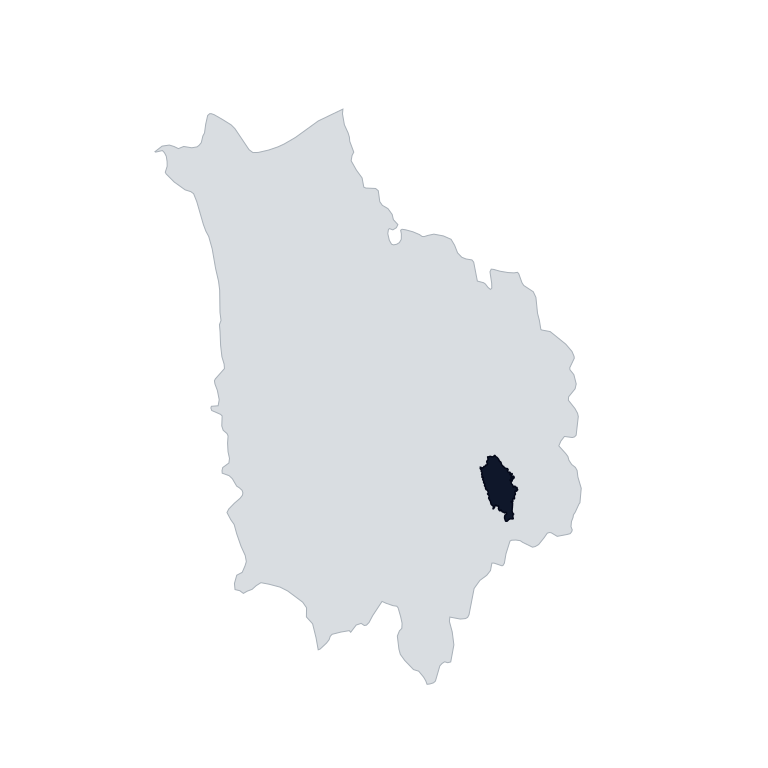 location of Syanno, Vitebsk, Belarus, rotated 77°
{"feature_id": "67162791B30203465956125", "entity_name": "Syanno", "entity_type": "district", "adm_level": 2, "iso_a3": "BLR", "parent_name": "Belarus", "parent_adm1": "Vitebsk", "projection": "equal_earth", "projection_center": [29.908, 54.823], "detail": "fine", "context": "in_parent", "style": "filled", "palette": "ink", "viewbox_px": 768, "rotation_deg": 77, "n_neighbors": 0, "source": "geoboundaries", "source_scale": "gbopen_adm2", "svg_char_len": 9728}
<svg xmlns="http://www.w3.org/2000/svg" viewBox="0 0 768 768"><g transform="rotate(77 384 384)"><path d="M628.2,507.9L616.1,507.3L601.6,507.5L593.5,512.0L584.6,509.8L578.3,512.3L564.0,524.4L558.5,531.0L553.2,541.1L549.9,548.6L551.7,553.8L554.4,558.7L555.1,563.9L556.4,568.1L552.9,571.1L550.8,575.4L544.7,574.6L537.2,570.5L535.6,564.5L529.9,560.3L526.1,558.1L519.9,557.8L510.0,559.8L497.0,561.2L487.2,561.6L481.8,563.8L473.9,565.9L470.9,563.4L466.5,556.6L462.9,549.8L460.5,546.9L458.3,546.0L455.7,546.2L452.6,548.3L450.4,550.5L442.1,553.1L438.5,555.5L434.5,561.7L431.9,561.3L429.1,559.9L426.1,552.9L421.8,551.3L414.9,551.2L406.4,549.7L399.5,547.6L397.0,548.1L392.9,551.1L388.4,551.5L378.7,548.9L376.8,550.1L371.1,557.8L368.4,558.1L366.9,557.2L367.9,550.5L362.3,548.1L352.7,547.8L346.0,548.7L342.7,548.5L341.1,547.2L333.1,536.0L328.7,535.3L321.0,535.8L309.5,534.5L296.4,532.0L289.2,531.0L285.4,528.5L277.3,527.7L255.6,523.0L246.7,522.1L233.6,522.1L213.7,521.0L200.8,521.6L194.9,523.2L188.0,524.1L164.2,525.4L155.7,526.7L153.1,529.0L150.1,534.1L140.0,543.0L130.3,549.0L128.5,549.5L123.1,546.3L118.5,545.3L113.1,544.9L109.2,545.9L106.7,547.4L106.7,554.3L106.1,554.9L102.3,546.7L102.9,539.4L105.4,535.1L108.4,531.4L107.5,525.7L110.6,518.2L110.9,512.8L109.8,510.4L107.7,507.7L101.6,504.7L99.0,502.4L90.8,499.3L82.7,495.4L81.4,493.0L81.8,491.4L83.4,488.9L90.1,481.7L97.2,474.6L101.7,471.8L125.3,462.8L129.0,459.7L130.1,454.4L130.1,443.7L129.1,434.0L127.7,427.3L123.8,414.7L112.9,388.9L106.9,362.2L111.5,363.7L122.5,364.3L131.3,362.5L135.8,362.2L139.8,362.8L151.3,361.3L154.1,363.7L159.1,365.8L169.3,362.8L178.3,359.0L187.6,359.4L189.0,357.6L191.6,348.2L194.4,346.1L205.4,347.1L209.6,345.4L214.0,340.7L220.6,337.9L226.0,337.9L231.8,334.6L234.5,336.8L235.8,340.7L233.8,343.8L234.6,345.0L238.4,346.5L245.2,346.5L249.5,345.2L250.6,343.4L250.7,340.2L249.7,337.2L246.9,334.6L241.6,333.3L237.9,333.2L237.3,331.6L238.7,328.1L242.2,321.6L246.4,315.8L248.9,313.6L249.4,311.5L249.1,308.0L249.2,301.7L253.1,292.8L258.1,286.1L264.7,284.0L272.8,282.8L278.0,279.7L280.6,276.0L282.9,270.4L285.5,269.2L304.7,269.9L307.7,264.2L309.4,262.7L313.2,261.0L315.8,259.0L314.8,257.4L310.0,256.4L298.5,255.5L296.2,253.7L297.0,251.4L300.2,245.6L303.3,238.1L305.0,232.3L305.2,228.8L306.9,227.9L316.3,226.8L319.4,225.7L327.7,217.8L333.8,216.5L349.6,218.5L356.9,218.3L366.1,218.9L366.9,218.1L370.3,210.3L386.1,197.9L394.6,193.5L399.8,192.6L401.7,192.8L410.0,199.4L412.0,199.6L417.6,196.9L427.2,196.7L431.7,198.9L438.0,207.0L441.3,208.0L450.8,203.5L456.0,202.0L459.4,202.0L477.1,208.3L478.4,210.3L478.5,212.6L475.7,220.0L479.4,224.5L483.6,227.6L492.8,222.5L496.1,221.1L499.8,221.0L504.7,219.2L508.3,216.3L511.7,215.3L518.2,216.0L530.0,215.3L543.8,219.8L544.9,221.1L551.8,226.4L554.2,228.9L556.5,229.8L560.2,232.3L565.1,233.9L568.5,233.4L570.1,234.3L571.7,236.3L571.8,239.7L571.4,249.5L566.5,254.6L565.9,256.4L566.1,258.5L570.0,262.8L575.2,269.4L576.4,273.2L576.4,276.0L569.5,284.5L567.3,286.5L565.7,290.6L564.9,294.9L565.4,296.6L577.0,303.4L585.6,307.0L587.5,308.8L587.7,309.9L583.2,317.2L582.8,319.2L589.7,322.2L593.5,326.9L596.9,334.7L603.5,342.2L628.0,353.1L630.2,355.0L630.9,357.4L630.2,362.5L625.9,372.3L630.1,373.7L640.9,373.3L653.9,374.6L669.8,381.5L669.9,384.6L668.3,387.4L669.4,390.4L671.2,393.0L685.0,400.7L686.3,403.0L686.6,406.8L686.3,409.6L682.5,410.1L678.4,411.4L671.6,414.8L668.9,419.5L658.0,426.0L651.1,428.9L645.7,429.1L632.6,427.7L628.0,424.5L626.1,421.6L621.1,420.2L614.4,420.1L605.3,420.6L603.4,421.5L602.0,425.1L598.1,431.3L595.4,434.8L607.1,447.1L613.0,452.2L615.0,455.3L614.9,457.5L612.1,460.1L612.6,465.3L618.4,472.3L616.5,473.3L616.0,481.8L616.2,490.9L617.7,493.1L620.8,495.0L623.5,498.3L627.9,505.9L628.2,507.9Z" fill="#d9dde1" stroke="#a8b0b8" stroke-width="1"/><path d="M517.4,278.0L517.3,277.7L517.1,277.6L516.8,277.6L516.3,277.9L515.9,277.9L515.7,277.8L515.2,277.7L514.9,277.7L514.5,278.0L514.5,278.3L514.7,278.7L514.5,279.1L514.2,279.2L513.8,279.2L513.2,279.3L513.0,279.9L512.9,280.2L512.9,280.4L513.2,280.7L513.4,280.9L513.6,281.1L513.5,281.3L513.2,281.3L512.5,281.4L511.8,281.4L511.3,281.5L510.8,281.7L510.5,282.0L510.1,282.1L509.7,282.3L509.1,282.3L508.8,282.3L508.4,282.2L508.0,282.2L507.5,282.3L507.0,282.5L506.7,282.6L506.4,282.8L506.2,282.8L505.9,282.8L505.8,282.6L505.8,282.4L505.9,282.1L506.2,282.0L506.4,282.0L506.7,281.9L507.1,281.8L507.3,281.6L507.4,281.2L507.2,280.9L506.9,280.8L506.4,280.6L506.0,280.3L505.7,279.8L505.4,279.5L505.0,279.1L505.0,278.9L504.9,278.5L504.8,278.4L504.3,278.2L503.8,278.2L503.3,278.3L503.0,278.5L502.9,278.9L502.9,279.2L502.9,279.4L503.1,279.6L503.5,279.9L504.0,280.2L504.5,280.7L504.6,281.0L504.5,281.4L504.3,281.6L504.0,281.6L503.7,281.4L503.4,281.2L503.1,281.0L502.8,280.7L502.6,280.6L502.2,280.4L501.9,280.2L501.4,280.0L501.2,279.8L500.9,279.5L500.6,279.3L500.4,279.3L500.1,279.4L500.0,279.6L500.2,279.8L500.5,280.2L500.8,280.4L501.1,280.8L501.2,281.0L500.9,281.4L500.7,281.5L500.3,281.5L500.0,281.5L499.8,281.3L499.6,281.1L499.2,281.0L498.9,281.0L498.6,281.0L498.3,281.2L498.1,281.7L498.1,282.1L498.0,282.5L497.8,282.8L497.6,283.0L497.1,283.2L496.9,283.2L496.4,283.2L496.1,283.1L496.0,282.9L495.8,282.6L495.6,282.4L495.3,282.4L494.8,282.5L494.3,282.7L494.1,283.0L494.0,283.3L494.0,283.5L493.8,283.9L493.7,284.1L493.4,284.5L493.2,284.9L492.8,285.3L492.5,285.5L492.2,285.7L491.7,285.9L491.2,286.0L491.0,286.4L490.9,286.8L490.3,287.0L489.6,287.3L489.1,287.5L488.5,287.6L488.1,287.6L487.6,287.7L487.2,287.6L486.8,287.7L486.3,287.8L486.0,288.0L485.9,288.2L485.7,288.4L485.3,288.6L484.9,288.9L484.4,289.0L483.9,289.1L483.4,289.2L483.0,289.3L482.3,289.7L481.8,289.9L481.2,290.2L480.7,290.6L480.5,290.9L480.0,291.3L479.4,291.7L478.7,291.9L478.5,292.2L478.5,292.5L478.7,292.8L479.0,293.1L479.2,293.5L479.4,293.9L479.4,294.5L479.3,295.0L479.2,295.3L479.1,295.6L478.6,296.2L478.5,296.5L478.3,297.1L478.4,297.4L478.5,297.6L478.6,297.9L478.6,298.2L478.6,298.4L478.5,298.7L478.3,298.9L478.3,299.1L478.4,299.4L479.2,299.5L479.6,299.5L480.3,299.5L480.8,299.6L481.4,299.8L481.6,300.2L481.8,300.5L482.2,301.0L482.6,301.3L483.6,301.4L484.2,301.4L484.6,301.3L484.9,301.1L485.2,301.1L485.7,301.4L485.9,301.7L485.9,301.9L485.9,302.3L485.9,302.6L485.9,302.8L486.0,303.2L486.4,303.4L486.7,303.5L486.9,303.7L487.0,304.0L486.8,304.7L486.9,305.2L487.3,305.5L487.5,305.6L487.7,306.0L487.8,306.4L487.8,306.8L488.1,307.1L488.2,307.4L487.9,307.7L487.5,308.0L487.1,308.2L486.9,308.4L486.8,308.7L487.0,308.7L487.3,308.8L487.4,309.1L487.6,309.2L488.0,309.2L488.5,309.1L488.9,308.9L489.6,308.6L489.9,308.5L490.4,308.7L490.9,308.9L491.1,308.9L491.7,308.6L492.3,308.3L492.7,308.3L493.2,308.4L493.4,308.6L493.4,308.9L493.7,309.1L494.1,309.2L494.8,309.1L495.1,309.0L495.5,308.9L495.8,308.8L496.1,308.8L496.2,309.1L496.3,309.4L496.6,309.5L496.9,309.5L497.1,309.3L497.1,308.9L497.2,308.7L497.3,308.5L497.6,308.3L497.9,308.3L498.1,308.3L498.3,308.5L498.5,308.7L498.6,308.9L498.8,309.2L499.1,309.2L499.4,309.2L499.7,309.2L499.9,309.1L500.4,308.9L500.7,308.8L501.0,308.7L501.5,308.7L501.8,308.9L501.9,309.0L502.2,309.1L502.5,309.1L502.9,309.0L503.1,308.8L503.4,308.6L503.6,308.5L503.8,308.3L504.1,308.3L504.4,308.3L504.7,308.5L505.0,308.7L505.3,308.8L505.5,308.9L505.9,308.9L506.1,308.8L506.3,308.7L506.7,308.4L507.1,308.3L507.4,308.3L507.8,308.4L508.1,308.5L508.3,308.5L508.7,308.5L508.9,308.4L509.3,308.4L509.8,308.3L510.3,307.8L510.6,307.4L510.9,307.1L511.5,306.9L512.3,306.9L513.2,306.9L513.7,306.9L514.1,307.1L514.2,307.4L514.2,307.6L514.3,307.8L514.6,307.8L515.2,307.5L515.6,307.1L516.0,306.9L516.3,306.7L516.7,306.7L517.2,306.7L517.5,307.0L517.9,307.3L518.3,307.5L518.7,307.7L519.1,307.6L519.6,307.5L520.4,307.3L521.1,307.1L521.6,306.9L522.0,306.7L522.8,306.7L523.5,306.7L524.1,306.7L524.6,306.7L525.0,306.7L525.4,306.6L525.8,306.4L526.1,306.2L526.8,305.7L527.2,305.3L527.7,305.1L528.2,305.0L528.8,305.0L529.0,305.2L529.3,305.5L529.6,305.7L530.1,305.8L530.2,305.6L530.2,305.4L529.9,305.0L529.5,304.6L529.3,304.3L528.8,303.9L528.5,303.6L527.9,303.3L527.5,303.0L527.2,302.7L527.1,302.3L527.3,302.0L527.7,301.6L528.4,301.3L528.4,300.9L528.4,300.5L528.7,300.0L529.0,299.9L529.8,299.9L530.1,300.1L530.5,300.3L530.9,300.5L531.5,300.5L532.1,300.4L532.8,300.2L533.2,300.0L533.5,299.8L533.7,299.4L533.6,299.1L533.4,298.7L533.1,298.5L533.2,298.3L533.5,298.0L534.2,297.9L534.6,297.7L535.0,297.6L535.2,297.4L535.4,297.2L535.5,296.8L535.6,296.6L535.7,296.3L536.3,295.9L536.5,295.8L536.7,295.5L536.8,295.1L536.6,294.8L536.4,294.4L536.5,293.9L537.0,293.7L537.5,293.6L538.0,293.6L538.3,293.8L538.5,294.0L538.5,294.3L538.7,294.7L538.8,295.0L538.9,295.3L539.1,295.6L539.5,295.9L539.8,296.1L540.4,296.3L540.7,296.4L541.3,296.6L541.8,296.7L542.6,296.6L543.2,296.6L543.9,296.5L544.5,296.4L544.8,296.4L545.0,296.3L545.2,295.9L545.3,295.6L545.3,295.3L545.3,294.7L545.1,294.4L544.8,293.9L544.4,293.4L544.0,292.6L543.9,291.9L543.8,291.3L543.8,290.9L544.0,290.4L544.1,289.9L544.2,289.6L544.4,289.1L544.4,288.9L544.4,288.7L544.3,288.4L543.8,288.3L543.2,288.4L542.7,288.4L541.9,288.3L541.4,288.1L540.6,287.7L539.6,287.3L539.6,287.2L539.3,287.4L538.6,287.6L538.3,287.7L538.0,287.8L537.4,287.8L536.9,287.8L536.2,287.7L535.8,287.6L534.7,287.2L534.2,287.1L533.7,286.9L532.9,286.6L532.4,286.5L531.5,286.2L530.1,285.8L529.4,285.6L528.9,285.5L528.6,285.6L528.3,285.9L528.0,286.2L527.9,286.4L527.6,286.6L527.2,286.6L527.0,286.2L527.4,285.3L527.4,284.9L527.1,284.8L525.8,284.6L525.2,284.5L524.7,284.3L524.6,283.8L525.0,283.4L525.2,283.1L525.2,282.8L525.0,282.6L524.4,282.5L523.8,282.4L522.5,282.2L521.9,281.9L521.7,281.6L521.4,281.2L521.0,280.8L520.6,280.7L519.9,280.7L519.3,280.7L518.3,280.7L518.1,280.5L517.9,280.1L517.9,279.8L518.1,279.4L518.2,279.2L518.2,278.9L517.7,278.6L517.4,278.2L517.4,278.0Z" fill="#0f172a" stroke="#020617" stroke-width="1.5"/></g></svg>